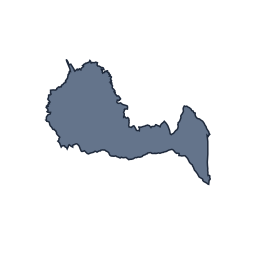 Poieni, Cluj, Romania, rotated 237°
{"feature_id": "2599482B79403381618671", "entity_name": "Poieni", "entity_type": "district", "adm_level": 2, "iso_a3": "ROU", "parent_name": "Romania", "parent_adm1": "Cluj", "projection": "natural_earth1", "projection_center": [22.871, 46.852], "detail": "fine", "context": "isolated", "style": "filled", "palette": "slate", "viewbox_px": 256, "rotation_deg": 237, "n_neighbors": 0, "source": "geoboundaries", "source_scale": "gbopen_adm2", "svg_char_len": 5886}
<svg xmlns="http://www.w3.org/2000/svg" viewBox="0 0 256 256"><g transform="rotate(237 128 128)"><path d="M78.1,193.1L79.8,193.2L80.8,193.6L84.7,193.6L86.7,194.2L88.4,194.1L90.5,194.4L93.0,194.3L95.3,193.3L96.6,192.9L97.8,191.7L98.9,191.2L100.9,191.0L102.8,191.6L103.7,192.4L104.1,192.5L105.1,191.5L106.6,191.9L108.0,190.9L109.4,191.2L111.7,190.5L112.5,189.9L114.3,189.2L114.7,188.0L115.8,187.2L115.0,185.7L114.1,184.7L111.8,183.6L110.3,181.1L110.2,180.4L109.3,178.8L107.7,177.9L105.9,175.5L105.2,174.1L105.2,173.0L104.3,172.4L103.6,171.5L103.0,171.5L101.5,170.6L100.3,169.1L99.8,167.7L99.9,166.7L98.7,163.2L99.0,161.4L98.9,160.6L100.1,160.2L103.2,161.5L108.2,162.6L111.0,162.6L113.9,162.1L113.5,160.9L113.2,158.3L112.5,156.6L111.7,155.9L111.5,155.5L112.9,155.0L113.8,154.2L115.3,153.5L115.7,153.0L115.1,151.8L115.0,151.0L115.1,150.6L115.7,149.9L116.2,148.9L116.2,148.1L115.9,147.5L118.3,147.2L119.9,145.9L119.9,145.3L120.3,144.6L120.3,143.6L121.3,140.7L121.4,139.6L122.9,137.6L122.5,137.4L121.6,137.6L119.5,136.0L120.1,135.6L120.6,134.6L121.4,133.8L123.3,134.1L126.4,134.2L126.8,133.8L126.9,132.8L126.9,132.0L126.6,131.6L126.6,131.1L127.9,130.0L128.2,129.5L129.7,129.9L132.1,132.0L133.4,132.5L133.5,132.9L135.4,133.7L136.9,133.5L136.9,132.8L137.2,132.0L138.0,131.6L139.3,131.5L139.6,131.1L139.5,130.3L140.3,130.8L140.6,131.6L142.0,132.6L143.6,132.8L144.6,134.5L145.6,135.0L145.7,135.4L145.3,135.9L145.0,136.9L144.2,137.8L145.4,138.8L146.6,139.4L146.9,139.4L147.9,138.7L150.7,136.3L153.1,135.5L153.7,133.6L154.8,132.8L155.4,132.7L156.0,132.9L157.2,134.2L156.1,134.8L156.2,135.1L156.0,135.8L156.4,135.9L156.3,137.4L156.6,137.7L160.0,137.5L160.7,136.6L160.7,136.2L163.6,135.9L166.7,136.1L165.9,136.4L164.3,136.2L164.7,136.6L165.5,136.5L166.1,137.2L166.3,137.2L168.4,137.1L169.0,136.9L169.3,136.6L169.8,136.6L170.7,136.9L171.8,138.0L172.6,137.9L173.6,138.4L173.9,138.0L174.3,138.3L175.1,137.8L175.4,138.0L174.3,138.5L174.6,138.9L175.6,139.1L176.3,138.3L176.4,139.3L176.7,139.9L177.4,139.6L177.8,139.7L177.8,140.0L178.6,140.0L179.1,140.5L179.3,141.4L179.9,141.9L180.7,141.7L181.5,140.8L181.7,141.5L182.0,141.5L182.2,142.0L183.0,141.8L182.9,141.4L183.7,141.3L183.8,141.4L183.8,141.9L184.3,142.0L185.5,141.8L185.4,142.1L185.5,142.0L185.5,141.4L186.9,141.0L187.3,141.8L187.4,141.7L187.5,140.9L187.7,140.6L187.5,140.2L188.2,139.5L187.4,138.6L187.5,137.9L187.9,137.2L187.8,136.7L188.9,136.8L189.2,137.4L191.5,137.4L191.8,137.6L190.5,138.6L190.3,139.7L191.8,140.0L192.6,139.5L193.0,138.8L195.8,137.4L196.3,136.5L197.3,136.3L199.0,137.3L199.3,137.9L199.6,137.8L200.8,136.8L201.0,135.6L202.4,133.6L202.6,132.5L204.4,133.0L205.4,132.8L204.6,131.5L204.4,130.7L204.8,129.9L205.0,128.4L205.3,128.1L205.1,127.8L205.4,127.2L205.2,126.7L205.4,126.0L205.4,125.3L204.8,125.1L205.0,125.1L205.0,124.2L204.5,124.6L203.7,124.1L203.8,123.1L203.7,122.9L203.4,121.0L202.4,120.1L203.0,119.7L204.1,119.5L203.9,117.8L204.3,118.0L205.1,117.5L204.6,114.4L205.9,114.4L206.5,114.7L212.7,114.8L213.0,112.9L216.1,113.6L217.7,113.7L218.0,113.5L219.2,113.7L217.9,113.1L209.3,111.5L206.8,110.5L207.4,110.0L207.0,109.0L206.2,108.9L206.2,108.6L205.7,108.3L205.8,108.0L205.4,107.3L205.5,106.9L205.1,106.7L202.4,104.0L202.5,103.6L201.7,101.5L201.3,101.5L201.3,101.2L200.5,100.7L200.8,100.5L200.2,99.5L200.5,98.6L199.9,97.0L200.1,95.7L199.5,94.8L199.0,94.7L198.9,94.4L199.5,93.5L199.5,92.6L200.0,92.5L200.3,92.0L200.0,91.1L200.0,89.8L199.5,89.6L199.2,89.1L199.3,87.9L200.2,86.6L200.7,86.0L201.9,83.6L200.2,82.6L199.6,82.0L198.8,82.1L198.2,81.8L198.1,80.9L198.8,79.8L198.8,79.3L197.6,78.6L196.2,77.1L196.0,76.5L195.1,76.4L194.3,76.7L192.5,76.7L192.5,76.4L192.3,76.4L192.6,75.3L191.3,75.2L191.6,74.1L191.4,73.8L190.9,73.8L190.9,72.8L189.7,72.8L189.8,72.4L190.7,71.9L190.7,71.5L190.0,71.1L189.9,70.6L189.4,70.6L188.7,70.9L188.2,70.8L187.5,71.0L186.1,70.4L185.9,69.0L185.3,69.0L184.2,70.2L183.3,71.6L182.2,70.5L182.7,68.1L181.6,65.5L179.2,63.9L179.3,63.5L178.6,63.7L178.0,63.5L176.4,65.0L174.9,64.9L174.1,64.4L172.3,64.0L170.0,64.4L168.1,64.2L167.5,64.5L167.0,65.4L166.5,65.3L164.7,65.9L164.3,65.6L163.1,65.7L162.4,65.1L161.3,65.0L159.0,65.4L157.6,65.8L157.2,65.6L156.9,64.5L155.7,63.6L155.3,62.9L155.2,62.0L153.0,62.5L148.4,61.6L148.8,62.7L148.6,63.9L148.0,64.4L147.9,64.8L147.6,65.1L146.5,64.9L145.0,65.8L143.6,65.6L145.2,68.1L145.7,68.5L146.0,69.6L143.8,70.3L142.2,71.2L142.6,71.4L142.7,71.7L143.4,72.2L143.7,73.0L143.3,73.7L143.2,75.1L142.9,76.1L141.9,76.8L139.4,77.2L136.8,76.6L134.2,76.2L133.7,76.3L133.0,77.3L132.6,79.1L128.9,79.9L127.8,80.7L127.4,83.1L126.5,85.5L126.4,86.7L126.5,87.7L125.9,88.2L124.9,88.7L124.6,89.0L124.6,90.6L124.2,92.0L123.8,92.5L124.2,93.1L123.4,94.9L123.0,95.2L122.6,96.1L121.4,96.9L120.6,97.0L119.3,98.0L117.4,98.4L116.6,98.1L114.9,98.0L113.7,98.6L112.8,99.7L112.8,100.0L112.0,100.7L111.3,102.5L109.7,103.2L109.0,103.9L107.2,105.0L107.0,105.5L107.2,106.4L105.7,107.7L104.4,110.3L101.0,111.4L100.7,112.6L100.0,113.6L99.3,115.6L99.3,117.9L98.4,119.1L98.3,120.1L97.9,121.0L97.0,122.1L96.4,124.2L96.4,124.7L96.8,125.1L96.7,126.2L96.2,128.0L96.3,129.2L95.9,129.8L95.9,130.2L96.3,130.6L96.2,131.2L95.0,133.7L93.8,134.1L93.4,134.5L92.1,136.5L92.2,136.9L91.4,137.4L90.4,140.2L89.4,141.0L88.9,143.2L88.3,144.3L88.3,145.1L87.4,147.5L87.3,149.9L86.3,152.9L85.8,153.5L84.7,154.0L81.4,154.4L80.9,154.8L80.3,154.9L79.9,155.8L78.8,157.0L77.2,155.7L76.3,156.9L75.3,157.8L74.2,160.0L73.5,160.8L70.0,161.4L65.6,160.9L63.8,161.2L62.1,161.9L61.1,161.5L59.7,161.5L56.4,160.8L54.8,161.1L51.8,161.3L48.2,161.0L44.7,162.7L44.0,162.7L43.4,162.2L42.1,162.3L38.8,164.1L37.6,164.4L36.8,165.0L40.0,167.6L40.1,168.6L40.5,169.2L42.0,169.6L43.2,170.5L43.6,170.5L44.4,170.0L44.5,169.3L45.8,169.8L46.9,170.7L49.2,171.8L50.3,172.7L53.0,174.1L56.1,175.9L62.6,180.7L73.3,187.6L78.5,190.2L77.7,190.3L77.8,190.4L77.4,190.7L78.1,191.1L78.0,191.6L77.8,191.8L78.0,192.2L78.1,193.1Z" fill="#64748b" stroke="#1e293b" stroke-width="1.5"/></g></svg>